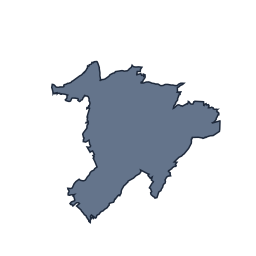 Strehaia, Mehedinti, Romania (Albers equal-area conic projection), rotated 331°
{"feature_id": "2599482B78091159636485", "entity_name": "Strehaia", "entity_type": "district", "adm_level": 2, "iso_a3": "ROU", "parent_name": "Romania", "parent_adm1": "Mehedinti", "projection": "albers", "projection_center": [23.174, 44.633], "detail": "fine", "context": "isolated", "style": "filled", "palette": "slate", "viewbox_px": 256, "rotation_deg": 331, "n_neighbors": 0, "source": "geoboundaries", "source_scale": "gbopen_adm2", "svg_char_len": 5782}
<svg xmlns="http://www.w3.org/2000/svg" viewBox="0 0 256 256"><g transform="rotate(331 128 128)"><path d="M117.6,202.4L119.6,202.9L123.9,198.9L126.5,198.7L127.5,197.7L129.6,196.6L130.9,195.1L132.4,194.3L133.7,194.2L134.9,192.8L135.2,191.4L137.9,189.7L139.9,189.6L142.1,190.5L142.5,188.4L143.1,188.0L143.2,187.6L142.3,185.6L142.4,185.3L143.2,185.0L144.0,185.1L145.5,184.8L146.3,184.9L147.7,184.2L150.1,184.1L151.1,184.7L151.7,184.5L151.9,184.3L151.9,182.7L154.2,181.7L151.9,180.1L158.4,178.3L161.4,178.5L162.8,178.0L164.6,177.8L171.0,175.3L176.0,172.0L177.1,170.3L177.9,168.5L178.8,168.5L179.6,167.4L185.0,170.2L188.4,172.9L188.5,173.4L189.5,173.6L190.4,173.4L190.8,173.5L190.8,173.8L191.6,173.7L191.9,174.1L192.7,174.0L196.0,174.6L198.8,175.9L206.3,175.3L207.6,173.6L211.7,166.7L211.8,166.3L204.4,164.6L204.3,164.4L205.9,164.5L208.5,163.6L209.4,163.1L210.0,162.2L211.5,161.4L212.8,160.2L213.8,160.5L214.6,159.1L214.3,158.9L214.5,158.5L214.4,157.9L213.8,157.3L214.0,157.0L213.8,156.3L214.8,155.3L215.3,155.2L214.6,154.9L214.5,154.5L213.0,153.8L212.3,153.0L211.9,152.6L212.3,151.8L211.3,150.4L210.1,150.3L208.1,149.3L208.5,148.8L208.9,149.0L209.5,148.0L209.2,147.9L209.7,146.6L207.7,145.8L208.1,144.6L206.1,144.3L205.5,145.2L205.2,144.9L206.8,141.7L206.1,141.2L199.4,137.0L198.8,137.3L198.3,137.0L196.6,138.5L196.2,138.5L194.7,137.6L194.2,136.3L194.3,135.9L194.0,134.5L193.6,134.0L193.2,134.8L191.7,135.8L191.4,135.7L191.4,135.3L186.0,135.3L185.8,134.6L185.0,134.3L184.2,132.9L183.1,132.0L181.4,132.0L178.3,132.8L177.2,132.8L179.0,130.8L181.4,129.8L181.7,129.0L184.9,127.6L185.7,126.2L187.7,124.7L188.1,123.9L189.7,123.9L190.1,123.6L190.3,122.9L189.6,121.9L191.3,122.3L191.7,122.0L189.7,121.2L189.2,120.5L189.0,120.9L188.4,120.5L188.8,120.3L190.7,116.7L193.1,116.6L194.1,116.2L196.8,116.4L198.6,116.0L195.9,114.4L193.4,114.2L191.7,114.8L189.7,113.7L188.1,112.2L186.6,111.4L184.0,109.2L182.0,108.1L180.9,107.8L179.5,107.9L177.4,107.0L176.8,106.4L175.7,104.3L174.5,103.4L173.8,103.3L172.5,101.8L170.5,100.3L169.9,99.3L168.5,97.8L166.1,96.6L163.5,96.2L161.3,95.0L161.6,94.3L163.5,94.4L164.6,93.4L166.4,92.7L167.8,91.7L167.9,91.2L168.7,89.8L167.7,88.5L167.2,90.1L166.7,90.3L166.9,88.8L165.4,88.5L165.6,86.6L161.7,85.8L162.4,84.6L162.2,84.6L163.5,83.0L166.1,84.5L167.4,82.7L169.6,81.6L167.0,79.7L164.4,78.5L162.8,77.3L162.2,76.2L162.0,75.1L160.3,76.6L157.7,76.9L156.9,77.4L155.1,77.6L152.1,76.4L151.7,75.8L150.6,74.9L144.4,72.6L142.9,73.2L141.4,72.8L138.1,72.7L136.3,73.5L131.8,74.0L130.5,73.8L128.7,73.1L126.1,72.9L127.1,72.6L127.7,71.9L128.7,68.7L130.2,66.1L131.6,62.3L132.2,61.2L133.0,56.9L133.1,55.1L132.9,54.7L130.5,53.6L130.3,53.9L129.3,54.1L128.9,53.5L128.2,53.2L128.1,53.6L127.0,54.3L124.6,54.0L124.3,54.5L123.7,54.6L123.5,55.0L122.9,54.6L122.7,54.2L121.4,56.1L121.1,56.0L119.2,57.2L116.5,58.4L116.1,58.4L116.4,58.0L116.0,58.1L113.1,59.1L111.2,59.0L102.5,60.1L101.5,60.0L100.4,60.5L97.9,60.2L96.6,59.6L95.5,59.8L93.1,59.2L92.3,59.9L92.0,60.7L90.8,60.5L88.2,59.0L87.5,59.0L85.4,57.8L84.9,57.1L84.4,54.8L83.6,53.6L82.9,53.1L80.8,55.8L80.8,56.8L80.6,57.2L80.0,59.6L79.0,61.8L79.9,61.3L80.6,62.6L81.6,62.7L81.5,62.2L83.1,62.7L82.6,63.8L83.2,63.6L84.5,64.1L85.4,64.9L85.4,65.2L85.2,65.4L85.4,65.7L86.2,66.2L86.5,65.9L89.1,67.8L91.2,70.0L90.1,70.4L89.7,71.4L88.8,72.4L86.8,73.0L87.0,73.9L88.9,75.9L90.0,76.5L90.9,76.5L93.2,74.8L93.8,74.8L96.4,76.3L97.6,77.4L98.4,77.9L98.4,78.9L97.6,79.5L98.4,81.3L99.2,81.4L100.3,80.9L101.7,81.1L103.5,79.7L104.8,79.3L105.5,78.6L106.0,78.5L106.3,78.9L106.4,79.4L107.7,80.2L108.4,81.3L108.4,81.9L108.2,82.5L108.3,83.4L107.0,85.4L107.2,86.1L106.8,87.9L104.8,90.0L104.4,89.6L103.4,90.6L102.0,90.2L101.3,91.2L103.5,91.4L104.0,92.1L97.5,98.5L97.9,98.9L96.1,101.3L96.4,102.9L96.2,103.2L94.6,102.8L94.1,102.8L93.7,103.1L95.8,104.0L95.3,105.0L94.2,105.6L93.7,105.6L92.7,106.9L92.6,107.5L92.2,107.7L92.0,108.2L86.8,110.5L85.4,111.4L84.5,114.8L84.8,115.3L84.7,115.6L83.1,116.9L82.4,116.9L82.7,117.0L82.9,117.6L82.3,118.2L84.2,119.8L88.0,119.7L86.5,124.0L86.8,125.1L86.1,126.1L84.3,126.0L83.8,125.4L83.0,124.8L83.1,130.8L84.4,130.5L84.6,130.8L85.9,130.9L85.8,134.7L85.8,134.9L85.1,135.1L84.0,135.0L84.1,135.8L84.4,135.9L84.4,136.8L82.9,137.5L83.2,138.1L82.9,138.4L82.7,141.9L82.0,147.1L79.3,147.4L77.6,148.3L75.2,148.1L73.4,148.6L71.6,150.1L68.9,151.0L65.5,152.9L63.6,152.7L62.7,152.1L60.9,150.6L60.6,149.3L60.4,149.1L56.5,149.6L53.9,150.6L50.2,153.4L48.6,153.2L46.1,151.5L45.8,152.6L46.0,154.1L45.7,154.9L44.9,155.6L44.1,155.9L43.2,157.5L44.1,158.4L46.4,159.0L47.9,159.9L48.9,160.2L46.9,160.8L47.3,161.8L47.1,163.1L46.5,165.2L46.1,165.7L42.7,165.2L40.7,165.9L40.8,166.2L41.1,166.2L41.2,166.8L40.8,167.1L41.9,168.1L42.0,169.5L46.7,168.4L48.3,169.2L48.7,169.7L48.9,170.6L45.2,171.3L47.2,176.9L47.1,178.0L47.7,180.9L47.8,182.7L48.8,184.4L48.5,185.8L48.7,186.2L48.6,187.5L48.7,188.2L49.1,188.7L48.5,190.6L49.1,192.4L49.5,192.0L50.1,190.3L50.8,190.2L52.1,189.3L52.1,189.0L51.6,189.1L51.6,188.8L51.8,188.3L52.1,188.2L52.3,187.0L53.8,186.3L54.9,188.7L54.2,189.4L54.1,188.9L53.6,188.7L53.7,190.4L55.6,190.0L56.1,191.1L57.2,190.6L58.0,189.6L59.0,189.2L60.8,189.4L62.5,188.6L64.1,188.1L66.1,188.4L68.0,187.8L71.3,187.6L72.6,186.8L73.9,186.5L75.0,185.0L76.2,185.0L79.4,185.9L80.7,185.0L81.7,183.9L82.4,184.1L82.8,183.9L82.7,183.7L84.4,183.2L86.0,182.3L87.4,182.2L87.4,182.9L88.2,183.2L88.5,182.5L89.4,182.3L90.5,181.5L91.3,180.2L92.5,178.9L96.5,176.5L98.4,176.2L100.2,175.5L101.4,175.4L101.5,175.1L102.4,174.5L108.6,174.5L111.8,173.6L116.0,173.6L118.2,172.4L118.6,170.8L122.7,177.0L123.9,178.5L122.9,178.6L122.8,179.4L122.5,179.5L122.9,181.2L123.1,182.8L125.4,182.6L123.2,184.8L124.2,187.2L123.3,187.8L122.6,187.8L117.7,190.7L118.3,192.1L117.8,195.2L116.4,195.6L115.9,197.4L116.9,200.3L117.7,201.5L117.6,202.4Z" fill="#64748b" stroke="#1e293b" stroke-width="1.5"/></g></svg>